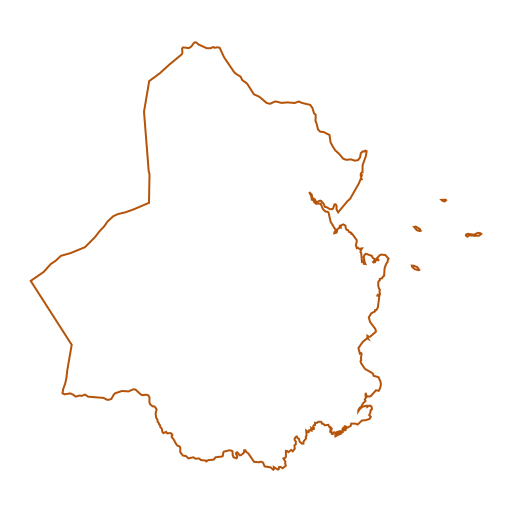 outline of Mocimboa Da Praia, Cabo Delgado, Mozambique
{"feature_id": "85939544B54758933622764", "entity_name": "Mocimboa Da Praia", "entity_type": "district", "adm_level": 2, "iso_a3": "MOZ", "parent_name": "Mozambique", "parent_adm1": "Cabo Delgado", "projection": "natural_earth1", "projection_center": [40.265, -11.404], "detail": "fine", "context": "isolated", "style": "outline", "palette": "amber", "viewbox_px": 512, "rotation_deg": 0, "n_neighbors": 0, "source": "geoboundaries", "source_scale": "gbopen_adm2", "svg_char_len": 6081}
<svg xmlns="http://www.w3.org/2000/svg" viewBox="0 0 512 512"><path d="M357.6,424.5L362.0,420.5L365.5,420.2L369.4,419.0L370.8,416.9L369.2,415.1L370.4,412.7L370.6,410.2L371.9,409.3L371.7,407.0L370.4,405.7L368.7,405.8L367.2,407.0L366.8,405.7L362.6,406.7L360.1,408.7L358.3,411.3L358.4,410.1L359.8,407.7L361.0,407.0L363.2,403.2L365.5,400.8L364.8,399.3L366.1,397.4L365.5,395.6L365.7,392.8L366.3,395.3L367.4,396.6L370.6,396.3L376.0,390.3L378.7,390.8L380.0,388.4L380.9,384.9L380.6,381.9L378.5,377.2L373.6,375.8L373.0,373.9L372.1,373.0L365.0,368.9L361.1,363.2L360.5,361.2L361.3,360.0L360.9,358.3L361.6,353.6L360.9,353.0L359.9,353.6L358.4,348.1L362.8,341.8L367.1,338.3L368.2,338.9L367.4,337.5L367.4,335.8L368.7,336.7L370.1,336.7L375.9,331.7L375.4,329.0L370.1,322.0L368.8,317.4L371.3,313.3L374.9,311.4L375.0,310.2L376.3,310.1L377.9,307.4L379.3,296.1L377.4,295.6L377.9,294.7L379.7,294.8L380.0,294.2L379.5,291.8L379.9,289.8L379.1,288.8L378.2,285.6L378.4,281.5L379.8,280.2L379.8,278.9L382.2,278.2L382.9,276.6L384.1,275.8L384.6,268.2L386.1,264.0L387.7,261.6L387.8,259.7L388.6,258.7L385.3,255.0L381.0,254.6L379.6,255.4L376.8,258.4L379.1,260.5L376.1,259.7L375.1,262.1L373.6,262.5L373.1,261.9L374.0,261.3L374.6,259.1L372.6,257.7L371.9,255.9L366.0,253.8L364.8,254.6L363.7,256.6L364.6,262.2L365.4,264.0L363.9,263.8L363.6,261.3L363.3,261.9L362.0,262.1L361.2,253.2L360.5,252.1L360.5,251.1L362.0,248.4L359.4,248.9L357.7,247.6L356.9,248.2L355.8,245.3L356.8,241.7L356.6,240.0L352.4,234.1L351.2,233.8L351.2,232.7L349.1,232.0L348.0,230.1L346.7,229.8L345.9,228.7L345.4,225.6L343.3,224.4L339.8,225.9L339.7,226.6L340.7,226.9L340.8,227.7L339.7,227.6L336.6,229.8L337.1,230.7L336.6,232.5L334.3,233.3L334.4,232.2L335.7,231.1L335.5,229.8L330.6,221.7L328.5,212.4L327.4,211.7L325.7,211.7L323.0,209.2L320.6,203.6L315.9,203.7L314.2,202.1L313.5,200.2L311.8,199.7L311.2,196.0L309.2,192.1L311.7,194.6L312.4,198.1L314.7,199.2L316.0,201.8L317.0,202.0L320.1,200.6L321.1,200.9L323.6,203.8L324.9,206.8L326.6,207.2L329.9,209.1L332.4,209.1L333.2,208.2L334.5,204.4L335.6,204.3L336.6,206.0L336.5,209.3L338.1,212.4L347.5,201.1L350.0,199.0L359.0,183.2L360.4,179.6L361.7,179.3L361.0,178.2L361.8,175.5L360.8,175.8L360.7,174.0L361.5,172.7L362.5,172.4L362.6,165.2L366.0,155.7L366.6,151.1L365.3,150.6L364.3,151.6L362.9,151.3L360.8,153.2L360.1,157.3L358.2,160.0L354.9,160.7L351.1,159.4L346.2,159.8L343.0,158.6L339.2,153.9L335.3,150.4L332.3,145.8L330.5,142.1L329.5,135.0L323.6,132.0L320.2,131.7L318.0,129.5L316.5,123.2L315.5,121.1L315.7,114.8L314.0,113.3L312.5,108.1L310.2,104.9L301.9,102.9L298.8,101.5L294.7,103.0L287.6,102.4L281.4,102.9L276.5,101.6L274.7,101.6L270.1,103.8L266.7,103.0L259.4,96.8L253.9,94.3L247.1,83.6L242.3,80.1L240.6,76.7L235.9,73.8L233.9,71.8L224.2,57.5L219.6,47.7L217.4,47.3L214.6,47.8L213.2,47.0L210.6,48.2L206.7,48.2L198.4,44.4L196.5,42.6L195.0,42.3L193.7,43.2L191.3,46.5L188.9,48.1L183.1,47.4L182.1,48.5L182.4,52.9L181.8,54.3L169.2,64.7L159.8,73.3L149.2,81.1L144.0,111.7L148.7,171.2L149.5,174.1L149.0,202.8L133.8,209.3L125.5,212.3L118.1,214.0L113.3,216.2L107.6,221.4L104.2,226.4L99.2,231.6L95.2,236.9L85.1,247.1L70.6,253.1L61.0,255.8L55.7,260.7L50.7,264.1L43.7,271.9L30.7,280.9L71.7,344.8L67.2,370.8L66.5,377.3L65.3,383.2L63.2,389.0L62.5,393.2L64.4,394.3L70.3,393.4L72.9,394.5L75.7,396.6L79.7,395.5L81.7,395.9L85.1,394.6L88.2,396.7L103.6,397.9L106.7,399.6L108.4,399.9L111.4,398.9L113.5,395.0L115.0,393.4L116.2,392.9L121.9,391.0L128.5,391.4L133.3,389.3L135.4,389.5L141.1,394.7L142.8,395.2L146.0,394.7L148.4,395.4L149.5,397.7L149.4,402.4L150.2,404.3L152.5,406.3L154.6,406.5L156.6,409.3L155.6,413.6L156.2,417.8L157.4,419.6L157.7,422.0L158.7,422.8L159.0,424.2L160.0,425.2L160.2,426.8L161.8,428.7L162.4,432.0L163.4,433.1L166.2,431.9L167.1,433.3L170.7,433.1L172.2,434.5L172.4,435.2L171.6,436.2L171.9,437.4L173.5,439.1L176.3,444.3L177.3,445.5L179.7,446.5L180.3,448.0L180.2,452.1L182.8,455.5L186.2,456.2L188.4,458.4L193.4,457.3L195.5,458.7L199.2,458.5L200.8,460.0L205.9,460.6L206.3,461.4L208.2,460.2L213.8,459.6L215.5,457.3L222.1,456.5L222.8,456.0L223.3,452.4L224.0,451.6L229.1,450.4L230.7,450.4L232.5,451.2L232.7,455.1L233.5,457.2L236.3,458.3L237.0,457.7L237.2,456.2L235.9,453.7L236.3,452.6L237.3,452.3L239.7,455.3L240.9,455.2L243.9,452.8L244.2,450.2L244.6,450.1L245.4,450.3L246.2,451.9L248.3,453.4L254.0,461.8L258.9,462.3L260.4,461.7L261.6,461.9L263.1,462.7L264.6,466.4L270.7,467.4L273.2,469.7L274.1,468.8L273.9,467.1L277.9,469.6L278.7,469.1L279.2,467.0L280.7,467.0L282.6,468.3L285.5,466.0L285.8,465.5L285.2,463.6L285.3,461.5L283.4,458.5L285.4,457.7L285.9,456.8L285.9,450.9L286.9,451.0L288.3,452.1L291.2,450.0L292.7,451.3L294.8,448.7L294.4,445.5L295.8,444.3L295.8,441.5L294.6,439.8L294.6,438.6L296.1,436.7L296.8,436.5L297.7,438.2L299.0,439.0L299.7,441.8L302.1,443.7L303.4,443.7L303.5,441.6L306.1,438.3L305.8,436.6L306.6,435.5L306.2,430.6L308.2,432.2L308.7,432.0L309.3,430.1L311.6,430.6L311.2,428.0L312.9,429.2L313.8,429.0L314.0,427.9L313.3,427.4L313.2,426.5L313.7,425.3L315.1,425.0L315.0,422.8L316.9,422.9L318.2,421.8L320.9,421.8L321.6,422.3L321.9,423.6L323.4,423.9L324.7,425.3L328.4,424.8L329.1,426.7L330.3,427.0L330.4,428.3L331.3,428.1L331.8,428.8L330.5,430.0L330.2,431.8L331.0,432.4L331.5,432.0L331.7,433.7L332.2,434.1L333.1,433.9L333.7,432.5L334.7,432.3L335.9,433.8L335.3,434.9L335.4,436.3L338.0,434.9L338.0,434.3L336.6,432.8L337.1,431.9L338.4,431.8L338.8,432.6L338.4,433.9L339.1,434.4L341.1,433.7L341.5,432.9L339.4,431.9L339.5,431.2L340.7,431.3L341.7,432.3L342.7,432.1L342.4,429.4L343.1,428.1L344.2,428.6L344.5,430.3L345.6,430.1L345.8,428.2L344.2,427.4L344.6,426.3L345.9,426.5L347.1,427.8L350.6,426.0L351.2,423.6L355.3,423.6L357.6,424.5ZM479.0,235.7L481.3,234.0L480.8,233.4L477.9,232.8L474.0,234.7L467.7,233.8L466.1,234.6L465.9,235.5L467.3,236.7L469.7,235.1L471.5,235.6L472.2,235.1L473.5,235.8L479.0,235.7ZM419.3,269.9L417.2,267.1L413.4,265.6L411.8,265.6L412.3,267.1L414.9,269.2L418.7,270.2L419.3,269.9ZM419.7,231.1L420.7,230.7L419.6,228.8L415.7,226.6L414.1,226.9L416.7,230.1L419.7,231.1ZM445.6,199.7L441.5,199.9L442.3,200.7L444.6,201.5L446.1,200.2L445.6,199.7Z" fill="none" stroke="#b45309" stroke-width="2"/></svg>